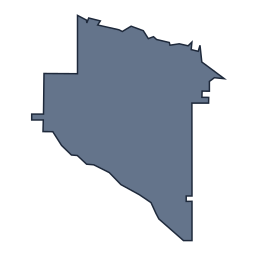 Appling, Georgia, United States of America
{"feature_id": "52423323B88346706041941", "entity_name": "Appling", "entity_type": "district", "adm_level": 2, "iso_a3": "USA", "parent_name": "United States of America", "parent_adm1": "Georgia", "projection": "robinson", "projection_center": [-82.264, 31.719], "detail": "fine", "context": "isolated", "style": "filled", "palette": "slate", "viewbox_px": 256, "rotation_deg": 0, "n_neighbors": 0, "source": "geoboundaries", "source_scale": "gbopen_adm2", "svg_char_len": 778}
<svg xmlns="http://www.w3.org/2000/svg" viewBox="0 0 256 256"><path d="M224.3,78.7L201.8,62.0L200.0,45.3L198.2,51.3L191.2,49.6L191.9,42.1L188.1,45.8L179.3,43.8L170.0,45.2L169.3,42.5L156.6,39.5L153.5,36.7L148.3,38.6L143.3,30.7L131.1,26.2L122.3,31.5L119.0,29.8L97.7,25.0L100.3,20.9L88.7,18.0L86.8,23.0L86.5,20.1L77.5,15.4L77.5,73.7L44.0,73.5L43.5,114.1L31.7,114.1L31.7,120.0L43.3,120.0L43.0,131.6L52.8,131.7L61.6,145.5L71.4,155.0L77.3,155.5L86.6,164.2L93.7,164.8L109.3,172.6L120.9,184.6L139.5,194.8L151.0,202.6L156.0,213.5L158.9,219.0L183.5,240.6L192.0,240.6L192.0,201.3L186.2,201.4L186.2,196.0L192.0,196.0L191.9,110.0L191.9,103.1L208.6,103.1L208.7,97.4L201.9,97.3L202.1,91.1L209.4,91.2L209.4,81.4L214.4,77.7L224.3,78.7Z" fill="#64748b" stroke="#1e293b" stroke-width="1.5"/></svg>